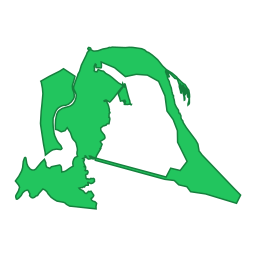 outline of Dumyat, Dumyat, Egypt
{"feature_id": "37247803B80197492831052", "entity_name": "Dumyat", "entity_type": "district", "adm_level": 2, "iso_a3": "EGY", "parent_name": "Egypt", "parent_adm1": "Dumyat", "projection": "equal_earth", "projection_center": [31.855, 31.44], "detail": "fine", "context": "isolated", "style": "filled", "palette": "green", "viewbox_px": 256, "rotation_deg": 0, "n_neighbors": 0, "source": "geoboundaries", "source_scale": "gbopen_adm2", "svg_char_len": 5682}
<svg xmlns="http://www.w3.org/2000/svg" viewBox="0 0 256 256"><path d="M236.5,203.3L240.6,195.1L234.0,188.4L202.0,154.9L199.8,151.9L199.1,151.2L197.9,144.1L195.7,140.2L186.3,127.6L183.2,122.6L182.8,120.9L181.5,119.3L181.0,118.0L180.9,115.7L180.3,114.4L179.8,113.3L179.4,113.5L178.8,112.8L178.5,110.3L176.3,107.0L174.8,103.8L174.2,99.9L173.3,97.1L173.5,96.9L173.5,95.6L172.4,94.3L172.4,93.0L172.0,92.2L171.3,88.1L169.7,83.8L169.2,81.4L167.7,78.6L166.9,74.5L166.5,74.3L166.1,73.0L165.6,72.1L165.6,70.9L165.8,70.6L166.6,71.1L167.8,75.0L168.3,76.3L168.9,76.9L169.3,76.7L167.8,72.6L168.0,72.0L168.4,72.0L170.1,73.5L174.9,78.4L175.8,78.6L176.2,78.4L177.0,79.0L177.7,80.1L179.3,84.7L179.3,86.8L180.5,91.1L180.7,92.8L181.4,93.0L181.3,89.8L180.8,86.2L180.3,84.3L180.5,84.1L181.2,85.8L181.3,87.1L182.6,89.2L182.8,91.4L184.0,96.7L184.3,100.2L184.7,100.0L184.9,98.1L184.2,95.3L184.1,93.3L183.2,90.7L183.2,88.8L182.8,87.5L182.7,85.4L183.4,85.6L184.3,87.4L184.7,89.3L184.7,91.0L185.2,92.7L185.2,94.6L185.9,93.8L185.9,93.0L185.2,89.7L185.6,88.8L186.2,90.0L186.2,91.0L186.7,93.0L187.1,92.8L187.1,91.1L186.4,89.8L186.4,88.5L187.0,89.1L187.7,91.3L187.4,95.8L187.8,97.1L188.3,97.3L188.2,92.8L188.6,93.0L188.8,94.1L189.0,100.3L188.0,103.9L188.0,105.0L189.0,104.1L189.4,103.1L189.4,98.0L189.6,96.9L189.5,94.5L188.8,90.2L187.2,88.1L185.5,85.3L184.8,84.4L183.5,83.7L181.4,81.9L177.2,77.8L176.8,77.1L172.2,73.2L166.4,69.6L162.5,65.9L157.7,59.8L152.3,55.1L148.6,52.5L146.7,51.8L144.7,50.0L141.7,48.7L132.7,47.4L129.1,47.3L125.3,47.6L112.2,47.1L110.8,47.5L109.2,47.4L107.3,48.2L102.9,49.0L97.8,50.8L94.6,51.1L93.5,51.1L90.8,49.7L90.9,48.7L90.5,48.0L88.8,47.4L87.8,48.4L88.2,49.7L89.8,49.9L87.3,52.4L86.4,54.9L81.4,65.1L79.6,71.3L77.9,74.4L77.8,75.4L76.0,79.8L73.7,86.7L73.6,88.0L73.8,89.2L75.4,92.3L76.3,94.9L76.0,97.9L75.0,100.9L73.4,103.6L71.2,105.5L69.6,106.3L62.3,108.4L59.1,110.5L57.9,111.9L56.8,114.2L55.6,119.8L55.3,126.1L55.6,129.4L57.4,129.8L61.2,131.8L65.0,130.7L67.2,127.7L70.5,132.8L72.1,137.7L73.2,139.5L75.2,141.6L76.0,142.9L77.2,147.9L77.4,150.2L77.0,151.9L76.9,153.9L77.6,156.4L75.1,157.4L73.8,159.2L73.0,161.5L72.8,163.6L73.2,166.1L70.5,167.6L65.8,170.9L64.4,171.5L61.8,172.0L61.3,167.0L60.4,165.4L59.6,165.0L51.5,166.7L50.2,167.8L49.8,168.4L46.6,167.0L45.9,164.9L45.8,162.7L44.4,159.3L41.1,162.5L35.7,169.1L34.1,170.0L32.2,170.0L30.3,169.2L28.0,166.5L26.8,163.5L25.9,158.0L25.5,157.5L25.0,157.5L24.5,157.9L23.3,161.4L22.6,167.7L21.6,171.0L18.8,176.3L15.4,181.0L18.7,185.2L19.6,187.2L18.4,191.0L15.9,195.4L15.7,196.9L16.4,199.1L17.4,199.1L19.1,197.8L21.2,195.5L22.7,192.8L24.8,190.9L27.1,190.1L28.0,190.3L29.9,193.8L29.6,195.7L31.3,197.5L32.8,197.9L34.5,197.3L35.8,196.1L37.6,195.5L38.9,193.4L42.9,189.0L44.8,189.9L46.8,191.6L48.1,193.8L51.1,197.3L54.2,199.5L57.0,201.1L63.6,202.3L65.1,203.0L66.4,204.3L69.6,206.1L96.1,208.9L96.0,206.3L96.6,203.3L94.8,201.6L93.3,201.3L91.6,200.2L91.1,198.5L91.4,198.1L92.0,198.1L92.8,197.2L93.7,195.8L93.7,195.1L91.0,191.2L89.7,191.6L88.5,191.4L87.4,192.6L86.2,193.5L85.7,193.4L85.1,193.2L83.1,190.8L79.9,189.2L79.0,188.1L81.3,187.6L82.4,187.6L83.5,186.8L84.5,187.0L85.1,185.9L85.8,185.3L88.3,185.2L88.3,184.1L87.7,182.8L87.9,182.4L88.5,182.4L90.5,183.5L91.5,183.5L93.0,182.9L94.5,181.5L94.4,179.3L94.0,178.7L93.5,178.4L92.3,178.6L90.8,178.4L90.1,179.0L88.7,179.2L87.8,178.7L87.0,179.1L86.1,178.3L85.6,175.1L86.4,174.2L87.5,174.0L88.1,172.1L87.7,171.0L87.2,170.6L85.5,170.8L85.1,170.3L85.5,170.1L85.7,167.1L85.4,166.5L84.4,166.9L84.2,166.7L84.8,165.4L83.7,162.8L83.4,161.1L84.0,160.9L84.4,159.6L82.8,158.5L85.1,157.7L85.5,157.3L85.0,156.0L85.2,155.8L85.9,156.2L87.2,158.4L88.7,159.1L92.1,158.5L93.0,159.0L94.3,158.8L93.6,158.1L90.6,157.4L89.9,157.0L89.5,156.1L91.0,156.2L92.5,157.1L95.8,158.1L95.3,159.0L95.3,160.3L164.7,179.3L174.3,180.5L178.7,184.8L186.9,186.7L190.6,191.7L205.5,193.9L236.5,203.3ZM95.8,158.1L96.5,155.8L100.7,148.6L100.2,148.4L100.9,147.4L102.1,144.2L100.5,142.2L100.3,141.4L104.3,138.9L104.8,138.3L105.0,137.4L104.5,135.3L101.6,131.6L100.8,130.3L100.7,127.9L103.7,125.6L104.1,125.8L106.2,125.1L106.4,124.5L107.5,123.7L109.0,123.7L109.6,120.5L109.9,119.0L109.5,117.3L108.9,117.3L109.0,115.8L109.2,113.2L110.0,112.8L109.2,110.9L109.4,109.6L108.7,106.6L107.8,103.8L107.5,103.6L106.8,101.8L105.6,101.0L104.3,101.4L104.1,100.7L105.5,100.1L106.4,100.1L109.6,102.1L110.3,101.7L113.8,97.7L121.1,88.1L122.2,87.1L122.4,87.7L122.0,88.6L121.6,88.8L118.6,93.0L118.4,94.7L119.4,97.2L120.5,101.1L124.8,100.2L125.6,101.7L125.2,102.1L123.7,101.2L123.3,101.4L125.0,103.4L124.6,103.4L124.2,104.0L124.4,104.4L127.8,104.5L129.5,104.1L131.2,104.8L131.4,104.4L130.8,104.4L130.1,103.1L129.7,100.7L128.8,98.3L125.1,84.1L124.7,83.9L124.5,84.1L124.7,87.1L123.7,86.9L123.0,84.9L123.0,84.1L122.7,83.4L122.3,85.1L118.4,82.9L112.2,77.6L109.6,75.6L105.7,73.4L103.5,71.2L100.9,70.7L98.2,69.6L97.7,70.2L96.9,71.9L95.0,71.6L94.1,70.8L94.5,70.4L94.2,66.3L95.3,64.0L96.1,64.6L95.8,67.0L96.2,67.6L100.9,67.9L101.3,67.7L101.5,65.8L101.2,62.0L114.6,67.7L125.4,76.6L136.3,74.3L147.4,75.1L158.6,81.3L165.0,95.8L167.0,111.0L173.2,119.6L177.4,130.6L177.6,142.2L187.1,161.4L180.2,170.5L170.7,168.2L166.1,177.0L95.8,158.1ZM75.0,76.3L63.5,68.7L59.6,71.2L49.4,76.3L40.8,81.2L41.2,81.9L42.4,88.1L42.9,93.7L41.9,104.8L41.2,111.2L40.5,123.3L40.7,125.4L43.6,144.5L45.2,152.7L45.4,155.1L50.4,151.2L52.8,149.8L56.5,149.1L60.5,149.6L61.4,149.2L62.0,148.4L60.8,145.6L58.1,142.5L56.8,140.4L54.7,135.7L54.0,132.8L53.2,126.8L53.0,122.5L53.1,118.2L55.5,111.6L56.6,109.8L57.7,108.4L59.3,107.2L61.7,105.9L63.6,105.4L65.4,105.4L68.6,104.1L71.3,101.9L73.6,98.7L74.2,97.1L74.2,94.3L73.8,92.1L72.6,89.3L72.3,86.4L72.6,84.3L73.3,82.5L75.0,76.3Z" fill="#22c55e" stroke="#15803d" stroke-width="1.5"/></svg>